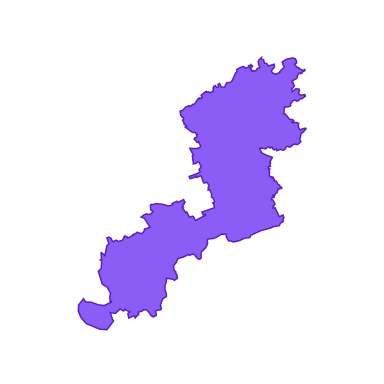 Hama, Hamah, Syria (orthographic projection), rotated 163°
{"feature_id": "27442178B84195179221003", "entity_name": "Hama", "entity_type": "district", "adm_level": 2, "iso_a3": "SYR", "parent_name": "Syria", "parent_adm1": "Hamah", "projection": "orthographic", "projection_center": [36.877, 35.227], "detail": "fine", "context": "isolated", "style": "filled", "palette": "violet", "viewbox_px": 384, "rotation_deg": 163, "n_neighbors": 0, "source": "geoboundaries", "source_scale": "gbopen_adm2", "svg_char_len": 5999}
<svg xmlns="http://www.w3.org/2000/svg" viewBox="0 0 384 384"><g transform="rotate(163 192 192)"><path d="M256.2,88.5L255.4,89.8L255.3,92.9L253.5,95.7L251.6,97.9L249.3,99.1L247.4,99.3L246.9,100.0L246.3,102.0L246.4,107.0L245.0,110.7L243.2,113.0L241.5,116.9L236.0,114.3L234.7,112.7L231.3,113.7L230.6,117.0L231.1,118.5L230.9,120.7L232.0,122.4L231.4,126.6L227.3,129.6L224.9,132.4L217.7,132.5L214.0,133.2L213.4,133.1L213.0,132.1L210.3,132.5L208.4,132.0L206.4,127.2L205.2,125.7L204.0,125.5L203.0,125.8L202.5,126.7L200.9,131.7L195.3,134.7L192.5,137.5L191.7,139.6L191.7,141.4L190.2,142.3L185.3,141.3L181.9,141.5L176.3,143.1L171.8,141.7L172.3,139.0L171.5,135.3L171.0,134.3L169.1,133.8L167.1,132.1L161.3,131.6L154.8,132.5L150.0,131.5L148.4,133.5L136.7,135.0L128.2,134.6L123.7,135.0L118.2,134.3L116.9,136.1L113.3,137.2L113.0,139.1L111.6,140.8L111.8,143.4L115.7,142.8L117.2,152.4L117.9,152.3L118.3,153.3L119.2,153.2L118.6,154.6L117.2,155.2L116.1,156.5L117.0,160.8L118.0,161.0L118.2,161.6L117.4,163.1L115.2,162.8L114.6,163.7L114.7,164.5L115.6,164.5L115.7,165.2L113.8,164.7L112.5,166.1L110.8,166.5L110.6,167.6L109.5,168.3L108.9,169.9L107.7,169.3L105.0,169.4L105.0,170.5L106.2,170.7L106.3,173.1L107.6,174.2L108.2,177.8L110.2,178.4L109.7,179.8L110.2,182.5L111.4,181.7L111.4,183.2L113.4,184.7L111.9,188.8L112.1,190.7L110.8,191.1L112.1,192.6L111.5,192.8L111.5,193.9L109.5,193.6L109.2,196.2L108.3,196.8L108.7,198.4L107.4,199.0L107.2,200.0L105.9,200.6L105.0,201.7L109.9,205.2L114.5,209.7L113.9,210.8L114.7,213.9L113.5,213.9L109.1,211.8L106.3,212.8L105.0,212.5L104.9,211.7L104.0,211.1L102.3,211.7L101.9,209.1L101.0,208.2L98.8,208.3L98.8,206.7L94.7,207.0L93.8,205.8L92.2,205.3L90.0,205.9L88.8,207.7L87.8,207.9L86.9,207.9L86.2,206.7L84.6,206.3L84.4,207.0L83.8,206.7L81.1,207.8L79.7,207.9L78.5,206.8L76.7,206.7L73.2,208.2L73.5,211.6L72.4,212.4L70.9,215.7L69.9,216.0L69.6,216.7L67.7,216.7L66.3,218.2L64.5,218.9L64.5,219.7L66.0,220.0L68.4,220.1L70.2,219.4L71.1,221.8L71.0,224.4L69.9,226.2L71.4,227.8L76.0,229.1L76.3,229.6L74.0,230.1L73.8,230.8L75.4,232.3L76.5,232.4L77.6,233.3L79.2,237.8L80.4,239.7L81.4,239.9L78.8,246.1L75.6,245.4L73.0,245.4L72.3,245.8L72.1,247.3L68.6,249.9L66.0,249.5L65.6,248.4L64.1,248.0L61.5,249.4L59.3,249.2L55.8,250.3L55.3,251.2L55.8,252.3L58.4,252.4L61.1,254.0L60.8,256.4L59.7,257.3L59.4,259.0L62.5,260.4L66.7,258.5L66.4,261.9L65.2,261.9L63.0,263.5L63.5,265.6L63.3,267.2L64.2,267.4L64.0,268.8L59.0,269.9L57.7,270.9L57.3,272.2L55.2,274.2L54.0,274.4L53.4,273.3L52.2,273.5L51.8,274.3L48.5,275.1L48.4,276.2L50.5,275.9L53.4,278.7L53.1,278.8L54.0,280.1L55.0,280.4L55.5,281.5L56.5,284.2L54.0,284.9L54.2,286.7L53.8,287.0L54.3,289.3L56.3,290.7L62.2,291.4L65.4,290.8L67.8,289.8L67.5,288.0L67.8,287.2L67.3,284.9L68.1,284.0L71.2,282.5L73.0,281.2L73.0,280.7L77.7,280.1L79.1,281.6L80.1,281.9L80.8,284.6L76.6,287.4L76.1,290.2L82.0,290.2L83.0,293.0L85.0,294.0L84.9,297.7L86.0,298.1L86.8,299.3L86.3,300.2L89.4,298.8L90.5,297.5L91.1,294.0L90.5,292.4L90.6,291.4L94.1,290.7L94.1,290.1L97.0,289.0L97.3,289.9L98.9,289.8L98.9,290.6L99.5,290.6L99.5,292.3L100.2,292.2L100.2,293.8L98.2,294.0L98.3,294.5L97.3,294.7L97.3,295.2L98.1,295.5L98.5,296.6L99.1,296.1L100.8,296.3L100.8,295.0L104.8,294.8L105.8,296.8L106.9,297.2L112.3,296.4L113.4,296.0L113.8,293.8L115.5,293.1L121.2,286.6L123.4,285.5L126.6,286.4L128.5,284.9L129.8,282.9L130.8,282.8L133.6,284.1L133.5,286.2L134.0,287.7L135.7,287.3L135.7,285.1L136.6,284.6L138.1,285.0L138.4,286.9L140.2,286.8L141.2,285.8L142.1,282.8L143.3,281.9L146.2,281.9L147.2,283.2L149.1,283.1L149.0,284.0L150.1,283.9L155.0,281.8L154.4,279.4L154.7,279.0L155.5,278.7L156.9,279.7L157.6,278.9L158.2,279.6L159.3,279.2L164.2,275.1L165.4,275.7L168.8,274.3L169.5,275.5L173.3,275.0L177.1,272.8L179.8,272.8L180.3,268.8L179.9,267.0L178.6,265.8L178.5,265.0L178.7,264.1L180.1,263.5L179.4,260.2L179.8,259.2L178.9,259.0L179.0,258.1L177.9,256.4L179.5,256.1L174.2,248.8L171.3,248.0L171.4,246.9L170.2,245.4L171.0,244.9L171.2,243.1L173.8,242.8L174.5,242.1L172.5,237.8L171.0,238.2L170.3,233.3L170.8,232.6L174.8,232.1L181.3,234.4L180.3,228.4L179.6,227.0L181.0,226.6L181.3,225.7L181.3,223.5L182.0,222.8L181.8,220.9L182.6,218.5L179.7,218.2L178.0,219.1L176.6,218.5L175.8,213.6L178.8,211.2L178.4,209.0L181.5,208.1L190.2,207.7L190.3,207.0L189.9,205.2L185.2,205.3L183.8,205.8L183.6,204.5L179.1,205.0L178.5,204.6L178.3,197.5L177.4,196.9L175.0,197.0L173.7,193.3L174.4,192.1L174.9,192.1L176.0,189.1L174.5,189.2L173.8,184.1L175.0,181.4L173.7,180.2L173.2,177.1L173.7,175.5L175.3,175.6L174.7,173.4L175.3,170.4L188.4,169.9L188.0,167.1L186.1,167.1L185.9,165.9L196.6,163.8L197.3,164.3L197.8,167.9L198.5,168.7L201.8,168.6L202.8,174.4L204.1,174.2L205.8,180.2L204.6,180.3L204.7,182.2L203.0,182.7L203.0,183.9L201.7,184.1L202.3,187.2L208.1,186.3L208.7,186.3L209.1,187.6L214.5,186.8L214.3,185.5L216.5,185.2L219.0,185.8L224.0,189.0L230.2,191.5L232.0,191.3L235.1,192.0L235.9,190.8L236.7,187.2L236.2,186.0L235.1,185.4L235.0,184.6L235.6,184.0L237.0,183.7L237.9,182.8L240.4,183.3L241.9,184.4L244.8,184.1L248.0,182.9L245.3,180.9L242.5,170.7L246.9,170.2L247.9,170.6L248.7,170.0L248.7,168.9L251.9,166.9L254.2,167.9L256.2,169.6L257.4,168.9L260.8,168.5L260.6,167.9L266.8,166.8L266.9,167.8L269.0,169.7L270.1,168.9L270.0,168.2L270.9,168.0L272.4,166.2L276.3,166.1L279.0,168.2L281.8,167.5L282.7,169.1L282.8,171.0L284.3,173.0L286.8,173.1L286.5,166.9L289.2,165.4L293.9,156.7L296.2,160.5L296.7,160.5L298.2,154.1L299.4,153.8L298.7,153.3L298.9,151.4L301.1,145.5L304.8,143.6L304.7,130.0L300.9,125.7L299.6,119.0L301.3,115.7L302.3,111.3L301.0,111.2L301.2,110.3L309.1,109.1L314.6,111.5L320.8,116.2L325.1,117.6L326.4,119.3L326.9,121.7L333.5,117.1L335.6,111.2L334.7,103.8L331.6,97.1L320.4,87.8L313.6,85.2L304.7,91.6L305.2,93.0L305.4,100.6L300.8,98.3L295.0,101.1L292.2,98.2L290.2,99.5L289.5,98.1L286.5,95.6L288.9,94.5L289.3,89.9L283.8,90.6L282.9,89.9L283.3,89.4L283.1,88.2L278.7,90.7L278.4,92.8L274.7,92.7L272.5,93.5L269.8,92.6L268.6,90.2L267.2,85.7L265.5,83.8L262.2,84.4L261.6,88.7L260.6,89.2L256.2,88.5Z" fill="#8b5cf6" stroke="#5b21b6" stroke-width="1.5"/></g></svg>